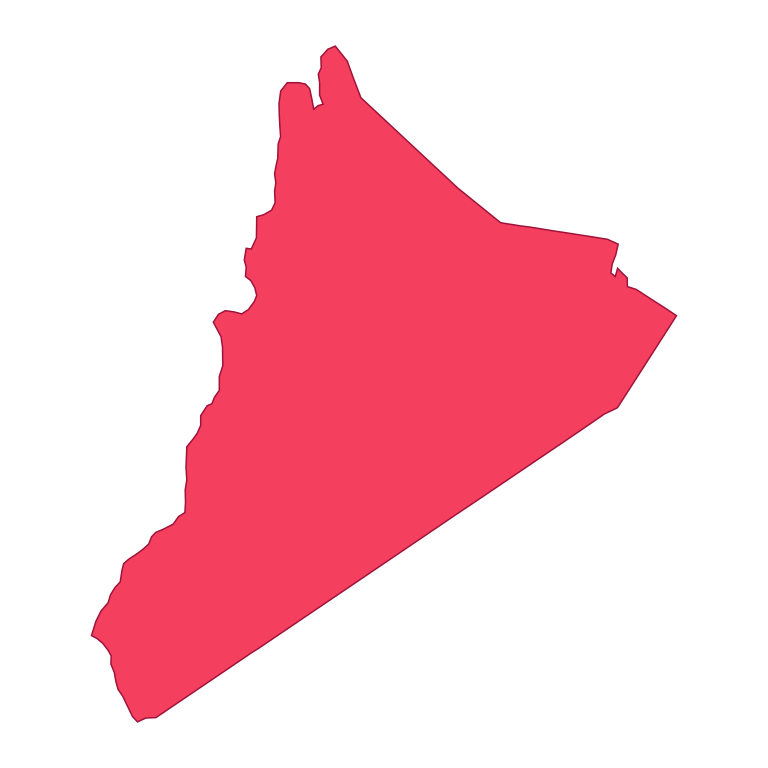 outline of Palmeirândia, Maranhão, Brazil
{"feature_id": "56859067B11830676899698", "entity_name": "Palmeirândia", "entity_type": "district", "adm_level": 2, "iso_a3": "BRA", "parent_name": "Brazil", "parent_adm1": "Maranhão", "projection": "equal_earth", "projection_center": [-45.055, -2.689], "detail": "fine", "context": "isolated", "style": "filled", "palette": "rose", "viewbox_px": 768, "rotation_deg": 0, "n_neighbors": 0, "source": "geoboundaries", "source_scale": "gbopen_adm2", "svg_char_len": 1769}
<svg xmlns="http://www.w3.org/2000/svg" viewBox="0 0 768 768"><path d="M676.5,315.7L666.4,308.9L655.1,301.7L644.0,294.5L636.2,289.4L627.4,286.6L627.2,277.9L622.4,273.3L617.6,268.3L615.3,276.5L610.9,273.0L612.2,264.1L615.8,254.7L618.2,244.2L607.5,239.3L570.2,233.4L552.3,230.7L539.5,228.6L529.4,227.0L520.5,225.9L512.0,224.5L507.0,223.8L500.6,222.7L457.7,188.0L360.9,97.7L353.2,77.6L347.3,61.2L335.3,46.1L327.9,49.2L320.9,56.9L321.2,67.9L318.3,74.1L319.6,82.6L319.6,95.2L323.1,104.2L318.2,105.6L313.7,109.2L311.9,99.3L309.7,88.8L305.5,84.1L299.1,82.7L287.3,82.7L280.7,91.0L279.0,103.5L279.3,115.6L279.9,127.2L280.6,136.6L278.2,143.8L277.7,158.4L276.1,165.6L274.6,173.6L275.8,182.8L274.6,191.2L275.1,202.7L271.6,210.2L263.4,214.8L256.7,216.7L256.6,225.2L256.4,237.8L251.3,249.0L246.2,248.3L244.3,260.0L246.2,267.2L245.5,276.5L250.8,280.6L254.8,287.7L256.7,295.6L254.2,301.7L248.4,309.6L241.7,313.9L233.7,311.8L225.2,310.7L218.5,314.3L213.3,322.2L221.0,336.6L222.5,346.9L222.8,365.7L219.3,376.5L219.3,390.4L214.5,397.2L211.9,403.7L207.1,405.8L200.7,415.6L200.7,425.3L197.3,433.1L193.2,438.9L186.8,446.8L186.0,467.3L186.8,479.9L185.2,489.8L185.5,502.5L184.9,512.6L178.6,516.5L173.2,524.1L162.9,529.4L155.9,532.3L151.6,536.7L148.7,544.1L143.1,549.1L137.8,553.2L128.7,559.2L123.7,563.5L122.0,570.2L120.2,581.9L114.9,587.6L110.4,595.0L108.2,602.6L101.0,611.0L95.9,621.3L91.5,635.6L97.0,638.5L102.7,643.3L108.0,650.1L111.2,655.9L110.9,664.1L114.3,672.4L115.9,681.6L118.1,689.5L122.6,696.0L132.5,716.5L137.5,721.9L145.8,718.0L155.9,717.6L252.4,652.2L258.8,648.2L305.4,616.6L352.6,584.7L427.8,533.7L454.8,515.4L477.9,499.9L490.2,491.6L539.4,458.3L563.4,442.1L582.9,428.8L596.3,419.6L604.2,414.1L617.5,407.7L676.5,315.7Z" fill="#f43f5e" stroke="#9f1239" stroke-width="1.5"/></svg>